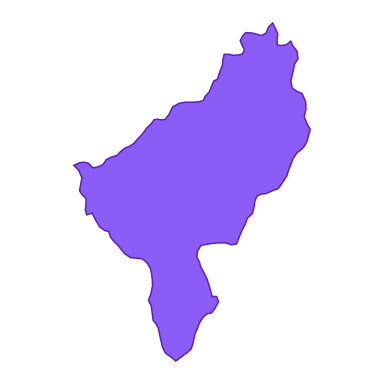 Itapeva, Minas Gerais, Brazil
{"feature_id": "56859067B98059266362656", "entity_name": "Itapeva", "entity_type": "district", "adm_level": 2, "iso_a3": "BRA", "parent_name": "Brazil", "parent_adm1": "Minas Gerais", "projection": "equal_earth", "projection_center": [-46.209, -22.707], "detail": "fine", "context": "isolated", "style": "filled", "palette": "violet", "viewbox_px": 384, "rotation_deg": 0, "n_neighbors": 0, "source": "geoboundaries", "source_scale": "gbopen_adm2", "svg_char_len": 2101}
<svg xmlns="http://www.w3.org/2000/svg" viewBox="0 0 384 384"><path d="M310.2,129.3L307.2,124.2L304.2,116.8L306.0,109.0L305.6,101.7L302.0,93.4L296.6,91.2L292.1,87.9L290.9,81.2L292.0,75.8L293.4,69.9L294.5,64.0L298.0,58.9L297.0,51.1L292.7,45.7L290.8,41.1L286.3,44.8L281.1,45.5L277.3,45.0L277.1,39.8L277.7,33.8L274.9,27.4L272.7,23.0L268.5,27.1L265.9,33.3L261.2,35.5L257.4,34.4L252.0,33.0L245.6,32.6L242.4,36.3L240.2,40.6L242.0,45.0L244.4,49.7L242.4,54.1L238.6,54.9L233.9,55.3L228.5,54.3L224.2,54.3L222.8,59.9L222.5,64.9L219.7,72.0L217.4,79.3L213.7,81.0L211.5,86.3L209.1,92.2L205.2,96.2L203.1,100.6L198.4,101.9L191.2,102.2L185.2,102.2L178.8,103.4L172.6,107.0L169.0,114.4L165.1,119.4L161.5,120.0L157.9,119.2L154.1,119.7L151.3,123.7L146.3,128.5L143.0,133.4L138.5,138.1L134.2,143.1L129.6,146.3L125.2,147.9L120.7,151.5L116.8,155.5L111.4,157.1L106.4,159.5L103.1,164.4L98.3,166.8L92.9,167.9L88.8,163.5L84.3,162.2L79.6,162.7L73.8,165.4L78.7,170.3L81.9,177.8L80.6,184.8L79.5,190.7L81.9,194.5L86.1,198.7L85.9,205.0L85.3,210.1L86.7,214.9L92.1,213.0L95.7,220.3L99.5,226.7L104.6,230.5L108.6,231.5L110.6,237.3L114.4,242.0L118.6,245.9L121.2,249.6L124.8,253.9L130.6,257.7L137.9,258.3L142.5,259.0L147.1,262.8L150.3,268.2L151.5,273.3L152.3,279.8L152.5,285.6L151.1,293.2L148.5,300.5L151.1,305.6L152.1,312.2L153.1,320.3L156.5,324.6L158.7,329.5L159.9,336.0L161.2,341.6L162.6,347.5L165.4,353.1L169.8,356.1L175.8,361.0L180.6,357.5L183.8,355.0L187.8,352.2L191.4,348.4L193.1,342.7L194.2,337.3L195.5,332.3L197.7,327.9L199.5,322.7L203.3,317.1L207.5,313.6L211.3,313.1L214.6,309.0L218.5,301.8L216.7,296.6L212.1,296.4L209.7,287.5L206.9,278.7L203.4,271.7L200.9,267.2L199.4,262.3L197.0,257.2L197.3,251.5L200.9,245.4L210.5,243.7L217.9,242.9L225.9,242.9L231.4,244.8L236.5,244.0L239.3,237.0L242.1,230.0L245.2,224.3L247.4,218.1L252.4,213.6L254.2,206.1L254.8,201.2L256.8,196.4L260.6,194.2L266.0,193.6L270.7,191.5L274.3,189.9L277.9,188.9L281.1,184.6L284.0,180.3L286.9,175.7L288.7,169.8L290.5,165.4L292.7,159.2L296.8,153.0L301.6,149.3L304.6,146.0L307.0,141.2L308.6,135.0L310.2,129.3Z" fill="#8b5cf6" stroke="#5b21b6" stroke-width="1.5"/></svg>